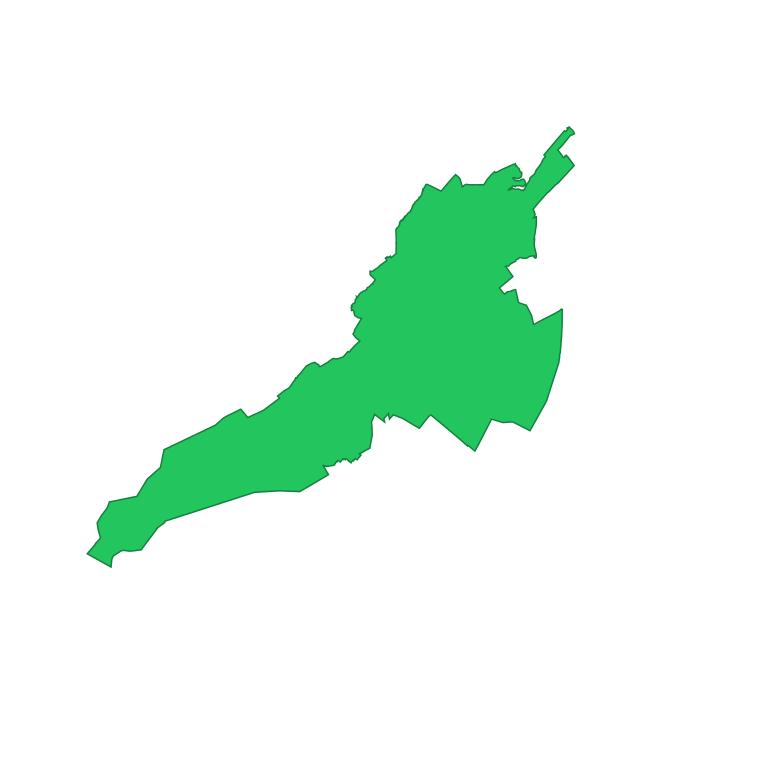 the district of Toluca, México, Mexico, rotated 38°
{"feature_id": "50627088B786178294902", "entity_name": "Toluca", "entity_type": "district", "adm_level": 2, "iso_a3": "MEX", "parent_name": "Mexico", "parent_adm1": "México", "projection": "equal_earth", "projection_center": [-99.68, 19.284], "detail": "fine", "context": "isolated", "style": "filled", "palette": "green", "viewbox_px": 768, "rotation_deg": 38, "n_neighbors": 0, "source": "geoboundaries", "source_scale": "gbopen_adm2", "svg_char_len": 6139}
<svg xmlns="http://www.w3.org/2000/svg" viewBox="0 0 768 768"><g transform="rotate(38 384 384)"><path d="M306.0,306.5L313.0,307.1L313.0,311.8L313.6,311.9L312.8,313.2L312.4,316.6L311.6,318.2L311.5,318.9L312.0,319.7L312.0,321.1L311.5,321.5L311.6,322.0L311.4,322.7L310.5,323.4L310.4,324.0L310.1,324.5L310.0,325.5L309.6,326.0L309.3,328.1L309.1,328.4L309.6,329.6L309.3,330.4L309.4,331.4L308.8,331.7L309.5,331.8L309.6,332.3L309.2,332.8L309.6,334.4L309.5,335.3L310.4,336.4L310.8,337.2L310.8,337.9L311.0,338.2L310.2,339.6L310.1,340.4L310.2,340.6L310.0,342.1L310.3,342.4L311.0,342.4L311.0,343.9L311.5,343.9L312.8,345.9L313.2,346.1L314.0,345.0L315.3,345.1L316.5,346.3L316.6,346.2L316.9,346.3L318.0,347.6L318.6,348.0L322.6,347.8L325.9,346.1L327.6,359.6L328.2,360.2L328.8,363.7L332.6,364.7L334.6,365.0L338.4,364.9L337.3,372.2L337.1,376.6L336.9,376.6L337.0,380.4L335.5,380.6L335.2,387.6L334.5,388.8L332.4,392.0L331.4,392.9L331.0,393.8L328.5,394.9L327.8,395.9L327.8,396.5L327.0,398.5L326.3,401.7L324.6,405.7L324.0,407.4L322.8,409.8L322.3,410.0L320.5,409.0L320.1,409.4L316.2,409.5L314.6,411.6L312.7,415.3L311.7,417.8L311.5,428.2L311.2,429.9L311.3,432.2L311.6,433.1L310.6,433.6L311.1,435.0L311.3,436.1L311.3,439.1L311.6,443.1L311.6,444.9L311.4,446.2L309.4,451.3L307.5,459.0L310.4,459.6L305.2,479.0L297.3,494.3L286.7,492.0L279.8,506.2L278.4,509.9L276.5,520.2L251.1,571.2L259.2,587.4L256.0,604.7L258.4,624.7L240.2,646.0L242.2,651.9L242.3,661.7L243.5,670.1L248.5,674.8L255.4,679.9L255.3,682.7L254.8,687.3L255.2,687.9L254.7,700.5L281.6,696.3L277.7,690.1L277.0,688.4L276.6,686.5L276.7,685.7L279.3,678.1L280.2,676.4L282.2,674.8L286.1,672.6L288.8,670.2L294.9,664.0L294.7,662.4L294.2,637.8L293.8,637.8L296.5,628.1L295.9,626.9L348.7,549.0L367.4,532.5L383.7,520.8L386.1,515.1L396.1,489.6L386.3,485.7L386.9,485.2L387.6,485.2L388.1,484.8L388.7,484.8L389.4,484.5L389.6,484.0L390.4,483.5L392.4,481.1L393.6,480.1L394.9,478.2L394.5,477.1L394.4,474.3L394.9,474.3L394.9,472.6L397.6,472.4L397.7,468.4L398.9,468.3L398.9,467.4L400.3,467.4L400.3,466.1L403.1,466.1L403.1,466.5L406.5,466.4L406.4,466.0L406.4,463.6L407.2,463.5L407.2,460.5L409.5,460.3L409.6,454.2L407.6,454.2L408.9,451.6L409.4,450.1L409.5,450.2L410.5,447.2L411.1,446.2L411.0,445.9L411.3,445.2L411.7,445.0L412.4,443.2L411.3,441.4L407.9,434.9L406.5,431.9L400.9,425.2L397.7,421.9L395.4,413.7L407.9,413.6L405.3,411.4L405.7,404.6L409.9,408.3L410.3,402.6L419.6,399.7L439.1,397.2L439.2,382.2L439.6,380.8L440.1,379.5L473.6,380.6L488.0,381.4L488.0,380.6L496.9,380.9L495.8,374.0L490.4,345.5L501.5,341.1L508.7,334.6L527.8,330.9L522.6,297.6L508.6,259.5L508.2,259.0L506.0,255.0L503.8,251.9L503.8,251.1L494.3,236.7L487.7,227.4L479.3,216.5L478.7,215.4L477.9,215.6L477.6,216.2L477.2,218.6L476.0,221.2L476.1,221.3L468.9,236.8L465.4,244.9L465.2,245.0L458.0,239.1L447.7,234.3L441.6,236.5L439.7,236.8L429.6,228.6L429.1,229.1L428.2,230.3L425.5,234.6L424.6,235.2L424.3,235.6L423.8,238.9L421.5,238.7L415.8,237.2L419.5,220.0L407.7,216.4L407.5,216.5L407.6,215.8L409.6,214.3L409.7,213.6L409.7,211.4L410.5,210.3L410.5,209.7L412.1,206.2L411.6,205.4L411.5,204.9L412.6,203.0L412.9,201.3L413.9,200.1L416.2,199.4L417.4,198.2L418.8,197.2L419.5,195.9L420.1,193.8L422.8,191.0L423.7,190.5L424.1,191.2L424.0,191.6L425.7,191.7L426.1,190.7L424.2,188.2L420.3,185.0L418.5,183.7L416.0,180.9L413.4,177.0L413.1,177.4L406.3,165.3L401.2,158.5L399.7,160.5L399.8,159.2L398.8,158.0L398.5,157.1L396.9,156.2L396.5,156.3L396.0,155.4L394.7,155.0L393.9,154.3L394.2,144.6L395.0,132.3L395.6,131.2L396.4,122.4L397.4,118.4L399.4,94.8L389.4,91.9L386.7,91.5L386.6,92.6L386.3,92.8L386.6,94.3L386.4,94.6L385.5,94.9L376.8,92.5L377.6,86.9L377.8,73.7L379.6,70.5L380.0,69.5L377.3,68.1L371.6,67.5L370.7,69.6L372.0,69.6L371.6,73.3L370.3,73.4L369.0,105.0L371.3,105.4L371.0,108.4L371.5,111.2L371.8,111.2L372.2,114.9L372.3,122.1L373.2,124.7L373.1,127.1L372.2,131.1L372.4,132.2L373.3,133.7L373.8,139.7L374.3,141.3L374.5,143.1L375.0,144.7L374.7,145.6L374.1,145.5L373.9,146.3L373.1,146.7L371.0,147.1L369.7,147.7L368.0,149.5L367.0,150.0L365.4,150.3L364.8,151.4L363.7,152.7L363.2,153.9L362.7,154.4L362.6,152.8L362.7,152.0L363.8,150.5L363.4,149.2L363.7,148.5L364.4,148.0L366.0,147.8L365.9,146.7L366.7,145.9L367.4,145.5L368.5,144.4L371.4,143.2L372.1,142.7L372.5,141.5L372.5,140.4L372.0,138.5L371.3,138.0L370.5,137.8L369.3,136.9L367.9,136.7L367.4,136.9L366.1,139.0L365.8,140.1L363.1,142.6L362.1,142.6L361.3,143.0L360.0,142.5L359.0,142.5L358.7,142.2L359.7,141.0L362.0,140.8L363.6,139.1L364.5,137.2L364.5,136.1L364.3,135.4L362.7,133.0L362.0,132.5L359.7,132.6L358.6,131.5L357.6,131.1L356.0,131.1L354.2,130.5L353.3,130.9L353.2,130.5L352.0,129.6L351.9,130.2L351.5,130.3L351.0,130.8L346.6,139.0L344.9,142.3L341.9,148.8L340.4,148.6L339.7,153.0L339.4,159.3L340.0,165.5L329.7,173.7L325.8,176.1L325.4,176.7L325.3,177.3L325.0,177.6L324.6,179.1L324.8,179.6L324.3,180.4L317.6,175.5L316.1,175.1L311.5,174.9L311.3,176.1L310.7,185.6L310.3,196.9L303.7,198.2L295.1,200.1L294.2,201.0L295.0,204.4L294.8,204.5L294.9,205.4L294.6,206.0L295.2,207.2L295.9,207.6L295.7,208.0L295.4,207.9L296.2,209.6L296.2,209.9L296.7,210.3L296.8,211.2L297.2,211.7L297.3,212.7L297.2,212.8L297.4,213.9L297.1,214.1L297.1,215.5L296.9,215.5L297.4,216.5L297.2,217.5L297.3,218.0L297.0,218.2L296.7,221.0L296.4,221.5L296.9,222.5L296.9,223.1L296.7,223.3L296.6,224.0L296.9,226.2L297.0,226.6L297.5,226.8L297.7,228.6L298.1,229.0L298.1,229.7L298.2,229.8L298.1,230.6L298.7,230.9L298.7,231.2L298.4,231.6L298.6,231.9L298.6,232.5L298.1,233.1L298.0,233.9L297.8,234.3L297.8,235.6L297.7,236.1L298.0,236.4L297.7,237.6L297.7,238.3L297.5,238.8L297.1,239.0L297.2,239.7L297.6,239.9L297.5,240.2L297.9,240.4L297.3,241.9L297.7,242.0L297.9,242.4L297.9,243.6L297.7,243.5L297.6,244.3L296.8,244.1L296.7,245.8L296.8,246.8L297.2,246.9L297.5,248.1L298.0,248.4L298.0,249.1L298.4,250.1L298.5,251.8L298.4,252.8L298.0,253.6L298.4,254.5L298.4,255.1L305.6,263.7L306.7,265.4L306.8,265.2L313.2,273.9L311.9,280.2L310.4,279.3L310.0,280.7L309.7,280.6L309.2,282.3L308.1,281.9L307.6,284.0L310.2,284.9L307.8,293.4L307.5,296.1L306.6,298.7L306.5,299.6L306.1,300.0L305.9,301.7L305.2,302.8L303.1,303.8L303.4,303.8L306.0,306.5Z" fill="#22c55e" stroke="#15803d" stroke-width="1.5"/></g></svg>